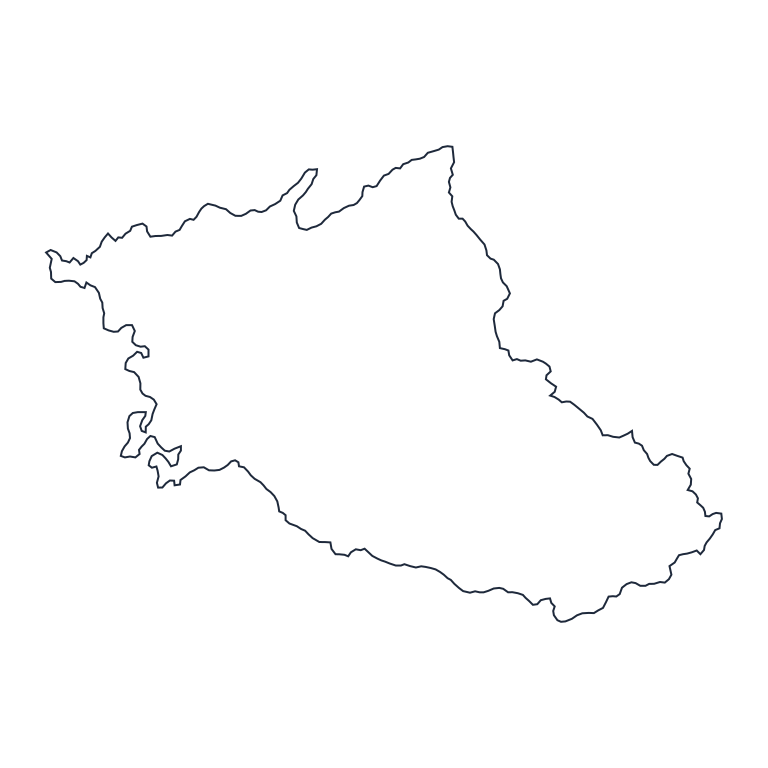 outline of Bom Retiro, Santa Catarina, Brazil
{"feature_id": "56859067B90842299420584", "entity_name": "Bom Retiro", "entity_type": "district", "adm_level": 2, "iso_a3": "BRA", "parent_name": "Brazil", "parent_adm1": "Santa Catarina", "projection": "mercator", "projection_center": [-49.588, -27.777], "detail": "fine", "context": "isolated", "style": "outline", "palette": "slate", "viewbox_px": 768, "rotation_deg": 0, "n_neighbors": 0, "source": "geoboundaries", "source_scale": "gbopen_adm2", "svg_char_len": 6092}
<svg xmlns="http://www.w3.org/2000/svg" viewBox="0 0 768 768"><path d="M452.4,146.8L447.6,146.2L442.5,147.1L438.8,149.6L433.8,151.1L427.8,152.8L424.1,157.0L419.9,158.7L415.7,159.4L411.7,159.9L408.3,162.5L403.2,164.2L400.1,168.4L395.7,167.9L392.5,169.7L388.6,173.9L383.9,175.6L380.1,180.6L376.6,186.1L372.7,187.2L368.4,185.6L364.1,186.6L362.5,192.1L362.3,196.1L359.4,200.1L356.9,203.1L353.6,205.0L349.0,205.7L343.8,208.1L339.0,211.6L335.2,212.3L331.2,213.6L328.1,217.0L324.9,219.7L321.2,223.8L316.4,226.3L311.5,227.6L306.8,229.9L303.2,229.1L299.1,228.0L296.8,222.5L296.4,216.4L293.8,210.9L295.2,204.7L298.3,199.5L303.0,195.4L305.8,192.1L307.9,188.8L311.6,184.2L313.3,179.0L316.4,175.2L317.0,169.2L312.6,169.7L308.8,169.4L304.9,172.6L301.3,178.6L298.0,182.8L293.7,186.1L289.4,189.8L287.1,193.1L282.6,195.4L280.3,200.7L275.1,204.1L269.9,206.5L266.1,210.3L261.6,212.0L258.1,211.7L254.7,210.1L250.5,210.5L245.9,213.8L241.2,215.9L235.4,215.8L230.3,213.0L226.0,209.2L219.9,207.7L215.4,205.6L211.6,204.7L207.9,203.8L204.1,206.1L201.4,208.6L199.1,212.0L196.5,216.8L193.6,219.8L189.9,218.9L184.9,221.3L181.7,226.3L179.6,229.9L175.5,231.6L172.1,235.6L167.4,235.0L161.3,235.9L155.5,236.0L150.4,236.7L147.1,231.4L146.5,226.5L142.5,223.6L136.7,225.1L131.9,226.7L130.2,230.8L125.5,233.7L122.1,237.8L118.3,237.4L115.5,240.9L111.5,237.4L108.0,233.5L104.7,237.4L101.7,241.7L99.9,246.8L95.3,251.0L91.8,253.2L90.4,257.4L86.9,255.9L86.6,260.1L83.6,262.9L80.3,264.6L78.0,261.2L73.4,258.0L69.6,262.5L66.3,261.2L62.0,260.5L60.3,256.2L56.6,252.4L50.6,250.0L46.1,252.5L49.1,255.9L51.7,258.9L50.8,263.1L49.8,267.8L51.0,272.0L51.2,278.6L55.3,282.1L61.1,281.9L64.6,280.9L68.9,280.7L74.5,281.3L78.0,283.8L80.5,286.8L84.5,288.0L86.4,282.5L90.4,285.3L95.0,287.1L98.9,292.9L100.2,298.7L102.3,302.6L102.6,308.0L104.2,313.3L103.4,317.3L103.4,323.2L103.8,328.3L108.6,330.4L113.7,331.8L118.0,331.5L121.3,327.9L126.2,325.1L132.0,325.1L134.8,331.0L132.6,336.9L132.3,341.8L135.8,345.2L140.6,346.7L144.8,346.2L148.5,349.6L148.5,356.4L143.4,357.7L141.2,353.0L137.1,351.8L133.1,355.7L128.3,358.5L125.7,363.0L125.3,369.1L129.4,371.0L134.1,372.1L138.6,376.9L140.4,383.3L140.3,389.6L142.5,393.5L145.5,395.8L150.0,397.0L153.8,399.6L156.6,404.2L154.3,409.5L152.6,414.0L151.3,420.3L148.7,424.2L145.8,426.7L145.7,432.4L141.7,430.9L140.1,426.2L142.3,420.1L145.3,415.9L145.8,412.1L142.1,412.1L138.0,412.1L132.8,413.0L129.4,416.1L127.5,422.3L127.9,428.6L129.6,433.3L130.0,438.1L127.9,442.6L124.6,446.4L121.9,451.2L120.8,455.9L124.9,457.4L130.0,456.5L135.4,457.4L139.6,454.0L139.0,449.9L141.6,446.6L144.4,443.8L147.1,439.0L150.4,436.0L154.7,437.1L157.7,443.6L161.2,447.4L164.8,450.7L169.3,451.5L174.5,448.7L180.9,446.2L180.9,450.6L178.3,454.5L178.2,459.2L176.8,464.4L171.0,466.3L168.4,461.9L165.6,458.4L162.4,455.0L157.3,452.7L151.7,456.1L149.4,461.2L148.7,465.3L151.9,467.7L156.4,466.5L157.6,470.7L158.6,476.4L156.9,482.8L158.1,487.6L162.4,487.5L166.0,483.3L169.9,480.5L174.1,480.7L174.6,485.3L180.0,484.5L180.5,480.0L185.5,476.4L189.8,472.4L194.2,470.3L198.4,467.7L203.8,467.3L209.0,470.3L214.3,470.5L219.5,469.9L224.0,467.6L227.7,465.0L231.1,461.4L235.1,460.3L238.4,462.3L239.0,466.3L244.0,467.3L248.1,471.6L250.8,475.3L254.6,478.8L260.5,482.2L263.5,485.3L266.4,489.0L270.6,492.1L274.3,496.0L277.3,501.4L278.6,507.4L279.2,511.4L282.8,512.9L285.6,515.2L285.6,520.2L289.4,523.5L296.8,526.2L301.1,529.0L305.1,530.7L308.5,534.3L312.6,538.1L319.3,542.0L325.6,542.1L330.4,542.4L331.5,548.9L335.5,554.2L339.5,554.3L344.5,554.8L348.2,556.3L350.9,552.3L355.8,549.3L360.7,550.2L364.6,548.7L368.9,552.7L372.3,555.9L377.4,558.6L381.3,560.4L385.0,561.6L389.7,563.5L395.7,565.5L401.0,565.5L404.4,564.2L410.1,566.1L415.9,567.5L421.2,566.3L425.5,566.9L430.7,568.0L435.6,569.4L440.1,572.0L443.8,574.7L447.6,578.2L450.8,579.9L454.3,583.8L458.9,587.9L463.1,591.1L470.0,592.7L475.1,591.3L479.6,592.3L483.7,592.3L488.4,590.8L493.7,588.5L499.3,587.9L503.2,588.8L508.1,592.3L512.4,592.2L517.8,593.2L522.9,594.9L525.6,597.9L529.1,601.0L532.9,604.8L537.3,604.2L540.8,600.2L545.7,598.9L550.0,598.4L551.3,602.9L554.7,606.4L553.2,611.0L553.9,615.2L557.4,620.2L561.0,621.8L565.4,621.4L571.9,618.8L577.0,615.3L582.3,613.3L588.8,612.9L593.9,613.1L598.2,610.4L603.0,607.9L606.0,602.1L608.6,596.6L612.8,596.2L616.3,596.5L619.7,594.1L622.0,587.7L626.6,584.1L631.4,582.3L635.6,583.1L640.3,585.8L645.5,585.8L649.1,583.9L654.1,583.8L660.0,582.0L664.8,582.6L668.9,579.2L671.4,574.7L669.5,566.1L674.7,562.5L677.0,558.5L679.0,555.2L683.0,554.2L687.1,553.6L691.8,552.3L696.7,550.5L700.4,554.2L704.0,550.0L704.7,545.9L706.6,542.4L709.8,538.6L712.8,534.3L715.2,530.1L719.5,528.3L720.0,523.3L721.9,519.0L721.3,513.6L716.1,512.9L712.6,514.1L709.2,516.4L705.4,516.0L704.9,511.7L703.2,507.8L700.4,505.2L697.2,502.5L697.9,498.3L695.9,494.5L692.5,491.3L687.7,490.0L690.8,484.7L691.2,479.0L688.4,473.7L689.7,468.7L686.4,465.2L683.7,461.2L682.6,457.6L677.4,455.9L672.1,454.0L666.9,455.9L664.4,458.8L660.9,461.6L657.5,464.9L653.8,464.8L650.2,461.1L648.4,457.8L647.1,454.0L643.8,450.2L642.0,445.7L638.8,443.6L634.9,442.6L632.6,437.2L632.0,430.9L627.7,433.7L623.2,435.8L619.3,437.5L613.1,436.8L607.9,435.2L602.7,435.3L600.8,430.3L596.9,424.6L592.5,418.9L587.4,416.5L583.9,412.7L579.8,409.3L574.2,404.7L570.1,401.7L566.3,401.5L561.8,402.3L558.7,399.6L554.5,397.0L550.2,395.6L554.7,391.8L556.1,386.7L551.0,383.3L545.9,379.3L546.5,375.3L550.7,371.4L549.5,366.6L545.9,363.6L542.9,361.7L536.9,359.4L530.9,361.7L525.3,360.4L520.7,360.7L516.9,359.1L512.6,360.4L509.2,355.3L508.4,350.5L504.9,349.2L499.9,348.1L499.3,341.8L496.9,336.1L495.6,331.8L494.8,326.2L493.7,319.1L495.0,313.3L499.3,310.1L502.6,306.3L503.6,300.8L507.2,298.8L509.9,293.4L506.7,286.2L502.9,282.4L501.0,278.3L500.4,274.1L499.9,269.3L498.0,264.0L493.8,259.7L490.5,258.6L487.0,255.2L486.4,250.4L484.5,244.5L480.2,239.6L476.5,235.0L473.5,231.6L470.8,229.1L467.6,225.7L465.2,221.5L462.6,218.7L458.8,218.7L455.8,214.7L454.3,210.3L452.7,206.2L451.6,201.8L452.3,196.3L448.9,192.5L450.4,187.4L448.9,181.9L450.0,177.9L452.8,174.8L450.9,168.4L454.1,162.2L453.5,157.0L453.0,152.0L452.4,146.8Z" fill="none" stroke="#1e293b" stroke-width="2"/></svg>